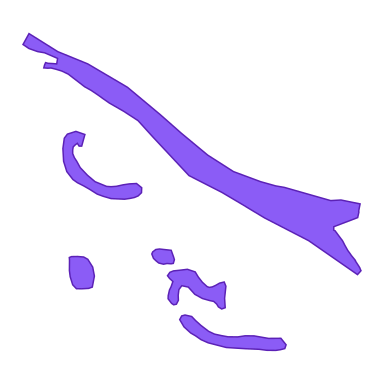 outline of Al-Manasra, Egypt
{"feature_id": "37247803B61040397145628", "entity_name": "Al-Manasra", "entity_type": "district", "adm_level": 2, "iso_a3": "EGY", "parent_name": "Egypt", "parent_adm1": "", "projection": "natural_earth1", "projection_center": [32.161, 31.286], "detail": "fine", "context": "isolated", "style": "filled", "palette": "violet", "viewbox_px": 384, "rotation_deg": 0, "n_neighbors": 0, "source": "geoboundaries", "source_scale": "gbopen_adm2", "svg_char_len": 2642}
<svg xmlns="http://www.w3.org/2000/svg" viewBox="0 0 384 384"><path d="M355.3,260.3L351.3,255.4L350.3,253.9L347.8,250.5L344.7,245.0L343.1,241.8L342.3,240.4L340.8,238.5L337.3,233.8L335.1,230.8L333.7,230.1L333.8,226.7L357.7,217.6L357.8,217.0L358.1,215.7L358.9,212.1L358.9,211.9L358.8,211.6L358.7,211.5L358.7,211.4L358.7,211.2L359.1,208.9L360.1,203.9L341.0,200.0L330.7,200.6L284.4,187.4L275.7,185.9L260.7,181.7L233.5,171.6L207.7,155.1L181.3,133.2L160.1,114.5L127.5,87.3L87.8,63.9L57.9,51.7L29.0,33.6L23.0,44.5L28.9,48.5L37.6,51.6L44.6,52.8L57.6,58.4L56.7,63.9L53.4,63.6L48.0,63.3L45.6,62.6L44.5,65.1L43.8,67.9L47.7,68.2L51.0,68.0L55.8,69.2L61.7,71.0L68.2,74.1L84.7,86.8L91.0,90.3L97.7,94.8L103.1,98.7L109.4,103.1L123.7,111.3L138.0,120.6L152.9,137.0L189.0,175.6L221.9,192.4L241.5,204.0L251.9,210.3L264.9,218.1L308.7,240.7L357.5,274.6L359.7,272.2L361.0,270.7L360.7,270.1L360.1,268.7L359.9,268.0L358.7,266.0L355.3,260.8L355.2,260.5L355.2,260.4L355.3,260.3ZM84.9,134.5L75.9,131.4L67.4,134.1L64.3,138.2L62.9,148.5L63.6,161.3L66.8,171.6L72.9,179.5L77.4,182.7L83.5,185.8L89.1,189.0L97.2,194.1L103.2,196.3L111.1,198.6L124.6,199.2L130.1,198.4L134.4,197.5L138.2,195.9L141.5,192.7L141.7,187.7L136.5,183.5L129.3,183.9L123.2,184.8L116.4,186.3L111.0,186.7L106.6,186.4L95.1,181.7L87.5,175.3L80.2,167.6L76.7,161.2L74.4,157.7L72.7,153.6L72.7,149.9L73.2,146.9L75.2,144.9L77.3,143.3L79.1,146.1L81.7,146.1L84.9,134.5ZM228.0,336.8L221.4,335.6L214.5,334.1L208.6,331.3L200.8,325.3L195.6,320.6L191.7,316.5L185.0,315.0L181.7,315.9L179.7,319.6L184.0,326.9L190.7,333.0L195.5,335.8L201.1,339.7L208.1,342.8L226.3,347.5L245.3,348.7L259.2,349.3L266.9,350.3L275.8,350.4L280.4,349.7L284.8,348.6L286.1,344.8L280.9,338.3L268.5,338.4L261.1,337.1L254.1,335.9L245.2,335.8L237.8,336.9L228.0,336.8ZM202.3,282.2L198.2,276.9L195.2,271.9L187.4,269.3L179.1,270.3L173.4,270.9L169.9,272.3L167.5,275.7L169.6,278.5L172.9,281.5L171.1,286.7L169.5,289.9L168.2,295.6L168.1,298.8L171.6,303.4L173.7,304.8L176.4,304.2L178.4,300.3L178.2,295.3L178.9,289.6L181.8,285.7L188.3,287.1L194.8,294.3L202.4,298.5L209.8,300.6L213.7,301.4L216.7,304.1L218.4,306.9L221.7,309.0L225.2,307.7L224.6,298.3L225.9,286.2L224.2,282.0L219.6,283.1L215.6,285.4L212.3,286.9L209.3,287.4L207.1,286.6L202.3,282.2ZM88.6,288.4L92.3,287.1L94.4,276.1L92.7,267.1L87.8,259.3L83.7,257.0L77.6,256.5L71.5,256.6L69.3,257.5L69.5,260.3L69.4,270.6L70.2,276.8L72.7,284.8L76.4,288.7L81.6,288.8L88.6,288.4ZM173.3,263.4L174.4,259.7L173.6,257.0L171.2,250.3L159.5,249.0L155.8,249.5L152.7,251.9L151.8,254.0L153.5,258.4L156.1,260.9L158.7,263.0L163.5,264.2L167.0,263.5L171.1,263.8L173.3,263.4Z" fill="#8b5cf6" stroke="#5b21b6" stroke-width="1.5"/></svg>